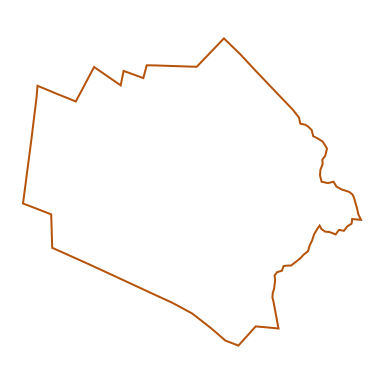 the district of Monsenhor Gil, Piauí, Brazil
{"feature_id": "56859067B91123658252289", "entity_name": "Monsenhor Gil", "entity_type": "district", "adm_level": 2, "iso_a3": "BRA", "parent_name": "Brazil", "parent_adm1": "Piauí", "projection": "natural_earth1", "projection_center": [-42.544, -5.616], "detail": "fine", "context": "isolated", "style": "outline", "palette": "amber", "viewbox_px": 384, "rotation_deg": 0, "n_neighbors": 0, "source": "geoboundaries", "source_scale": "gbopen_adm2", "svg_char_len": 1225}
<svg xmlns="http://www.w3.org/2000/svg" viewBox="0 0 384 384"><path d="M278.5,328.5L273.5,301.7L272.4,297.5L272.8,292.6L274.0,289.3L275.2,279.8L274.5,275.7L277.0,272.2L282.0,270.7L283.5,266.1L286.9,265.6L291.1,265.5L297.6,260.5L300.3,258.3L303.6,254.7L308.0,251.2L309.7,245.4L312.0,240.7L314.2,234.1L317.6,228.5L319.6,225.6L321.6,229.1L325.1,231.6L329.4,232.0L332.6,233.2L335.6,234.4L339.0,229.9L343.9,230.8L347.3,226.4L351.6,223.6L352.2,219.0L355.7,219.4L361.0,219.8L358.4,214.5L356.9,207.9L355.4,202.7L354.0,197.8L352.5,194.5L349.0,191.8L341.5,189.4L336.5,186.6L333.5,181.7L327.9,183.1L321.6,181.7L320.0,175.4L320.4,169.9L322.6,164.2L322.4,159.5L325.1,156.1L327.0,148.6L325.1,145.4L322.6,141.5L317.6,138.4L313.2,136.2L311.7,130.1L308.2,126.6L305.2,124.7L300.3,123.7L299.0,117.6L292.8,109.7L277.2,93.4L255.2,70.3L240.0,54.0L223.9,38.4L196.7,66.8L190.3,66.6L154.7,65.4L146.7,65.3L145.0,71.8L143.3,78.1L123.6,70.9L120.7,85.4L94.1,67.0L75.8,101.5L68.8,98.6L58.7,94.6L37.5,85.8L36.6,97.1L31.1,141.7L23.0,203.5L36.4,208.6L51.2,214.4L52.2,247.8L85.5,262.7L99.5,269.1L152.7,293.8L172.1,302.7L191.9,313.3L211.2,328.3L225.4,340.6L238.4,345.6L255.7,326.4L268.3,327.5L278.5,328.5Z" fill="none" stroke="#b45309" stroke-width="2"/></svg>